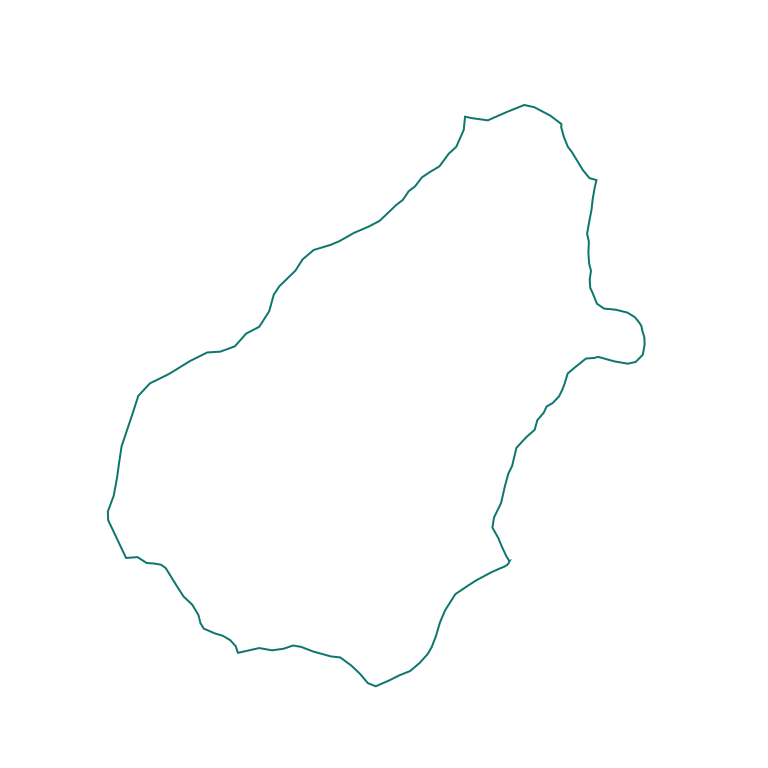 Khizi District, Xizı, Azerbaijan, rotated 100°
{"feature_id": "54616110B97026515433008", "entity_name": "Khizi District", "entity_type": "district", "adm_level": 2, "iso_a3": "AZE", "parent_name": "Azerbaijan", "parent_adm1": "Xizı", "projection": "mercator", "projection_center": [49.188, 40.748], "detail": "fine", "context": "isolated", "style": "outline", "palette": "teal", "viewbox_px": 768, "rotation_deg": 100, "n_neighbors": 0, "source": "geoboundaries", "source_scale": "gbopen_adm2", "svg_char_len": 2068}
<svg xmlns="http://www.w3.org/2000/svg" viewBox="0 0 768 768"><g transform="rotate(100 384 384)"><path d="M97.2,254.4L90.8,266.9L85.3,284.1L84.9,294.4L94.8,310.3L106.3,327.5L106.9,342.7L106.7,350.6L119.9,349.6L137.8,354.0L146.1,360.3L160.0,367.2L167.7,376.1L174.0,382.6L183.9,387.7L189.9,393.2L190.2,393.3L199.4,397.4L206.1,403.5L213.2,408.6L224.1,416.7L231.5,426.2L240.4,439.8L251.1,452.8L256.0,460.3L264.2,476.5L275.4,485.8L287.7,490.9L306.0,504.1L315.3,508.1L332.3,509.7L349.3,516.8L358.4,528.6L372.7,537.3L380.6,550.9L383.6,563.5L395.1,579.1L411.3,597.3L424.0,614.6L438.3,623.9L458.5,626.7L474.3,629.1L484.5,630.6L490.8,631.6L507.8,631.2L523.1,630.6L541.1,630.8L557.5,633.8L566.0,632.0L600.1,607.8L597.3,596.7L601.5,586.6L600.7,579.5L600.7,572.1L603.3,566.9L607.8,562.9L618.0,553.8L628.2,544.4L634.6,534.6L643.6,526.7L651.4,523.2L656.2,519.0L659.0,507.3L659.9,499.2L663.0,490.9L668.0,484.5L673.3,481.6L674.1,481.1L665.7,461.0L665.7,448.0L662.2,437.0L657.3,428.1L657.3,419.8L659.7,407.6L661.5,389.1L660.9,379.6L666.9,367.4L673.6,357.3L681.5,347.8L683.1,339.6L674.8,327.1L668.3,318.4L662.1,308.4L652.6,300.5L642.5,294.2L635.0,291.4L622.9,289.0L609.2,287.5L596.2,284.5L578.5,277.2L567.6,265.9L560.9,258.6L550.6,245.4L545.3,237.5L542.8,233.5L540.5,231.0L538.1,230.0L536.5,229.5L536.7,229.8L532.4,233.6L523.7,239.7L515.7,244.8L506.6,252.3L496.5,252.5L480.7,248.0L463.6,247.2L450.8,246.0L442.4,243.6L423.8,242.5L418.9,239.3L411.3,234.4L403.0,227.7L392.9,226.7L384.6,221.7L377.9,220.0L373.5,214.6L365.8,209.5L359.0,207.5L352.4,206.2L341.7,204.9L335.0,199.3L323.9,189.6L321.8,181.4L320.1,177.9L321.7,161.0L321.7,147.6L318.6,140.0L310.2,134.2L299.9,134.2L292.8,135.7L286.6,138.9L282.0,140.7L278.8,143.7L274.6,148.6L271.4,156.8L270.6,168.6L271.5,180.5L267.9,188.3L258.7,194.0L253.5,197.6L245.2,199.6L236.6,199.8L230.1,202.8L219.8,205.4L208.1,207.0L200.7,210.1L187.8,210.1L176.1,209.9L165.8,210.6L153.4,210.6L146.3,210.1L145.6,217.4L138.8,225.3L132.2,231.1L122.7,239.5L118.4,244.2L109.4,249.8L100.3,254.1L97.2,254.4Z" fill="none" stroke="#0f766e" stroke-width="2"/></g></svg>